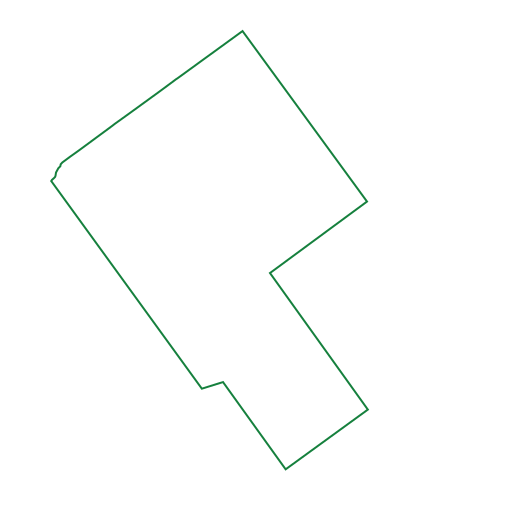 the district of Grant, South Dakota, United States of America, rotated 234°
{"feature_id": "52423323B32271032546928", "entity_name": "Grant", "entity_type": "district", "adm_level": 2, "iso_a3": "USA", "parent_name": "United States of America", "parent_adm1": "South Dakota", "projection": "mercator", "projection_center": [-96.565, 45.152], "detail": "fine", "context": "isolated", "style": "outline", "palette": "green", "viewbox_px": 512, "rotation_deg": 234, "n_neighbors": 0, "source": "geoboundaries", "source_scale": "gbopen_adm2", "svg_char_len": 536}
<svg xmlns="http://www.w3.org/2000/svg" viewBox="0 0 512 512"><g transform="rotate(234 256 256)"><path d="M445.9,377.3L445.9,332.3L445.9,326.9L445.9,325.9L445.9,296.6L446.0,295.6L445.8,276.5L445.8,275.5L445.8,237.6L445.9,220.5L445.9,219.3L445.8,216.4L445.5,174.7L445.6,163.9L445.5,154.3L445.0,151.9L443.6,150.4L443.2,147.7L441.1,143.3L438.8,141.0L438.1,140.0L437.8,138.6L437.5,135.6L437.0,134.4L180.5,134.2L173.4,155.2L66.0,154.6L66.0,256.2L234.0,257.3L234.8,377.8L445.9,377.3Z" fill="none" stroke="#15803d" stroke-width="2"/></g></svg>